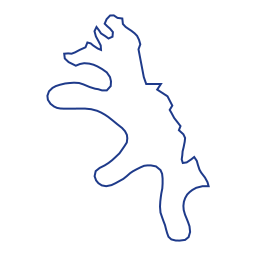 outline of Alto Bela Vista, Santa Catarina, Brazil
{"feature_id": "56859067B70732496229175", "entity_name": "Alto Bela Vista", "entity_type": "district", "adm_level": 2, "iso_a3": "BRA", "parent_name": "Brazil", "parent_adm1": "Santa Catarina", "projection": "albers", "projection_center": [-51.932, -27.427], "detail": "fine", "context": "isolated", "style": "outline", "palette": "blue", "viewbox_px": 256, "rotation_deg": 0, "n_neighbors": 0, "source": "geoboundaries", "source_scale": "gbopen_adm2", "svg_char_len": 2183}
<svg xmlns="http://www.w3.org/2000/svg" viewBox="0 0 256 256"><path d="M122.3,18.5L117.5,17.9L113.8,15.4L110.1,15.5L106.6,19.2L104.7,23.7L107.2,26.2L110.0,28.6L112.9,32.1L112.5,36.7L108.5,38.5L105.2,36.1L101.0,33.4L99.1,30.5L96.5,27.0L94.5,31.2L95.9,36.4L98.4,41.0L100.7,45.4L101.0,49.9L97.7,48.5L93.2,45.5L90.7,43.4L87.4,42.5L85.5,47.3L79.7,49.9L75.0,52.4L71.6,53.7L68.2,53.4L64.2,53.7L64.8,58.5L68.6,62.1L75.8,65.7L80.0,64.0L84.2,63.2L89.2,63.6L93.5,64.7L97.4,66.4L102.0,69.0L106.8,72.4L110.0,77.1L111.0,81.4L110.7,86.1L106.8,90.4L102.0,90.4L98.2,89.2L95.0,88.7L89.6,87.0L83.4,84.4L79.1,83.0L74.0,82.7L68.8,83.1L65.1,83.5L59.8,84.8L55.8,86.1L52.5,87.9L49.0,91.3L47.4,95.8L47.9,99.8L50.5,103.8L54.0,106.5L57.0,107.9L60.3,108.5L64.5,108.7L69.4,108.7L72.9,108.7L77.5,108.6L85.0,108.6L91.1,109.2L97.2,110.8L101.2,112.6L104.9,114.7L108.2,116.9L112.0,119.9L117.0,124.0L122.1,128.0L125.0,131.2L126.9,134.9L127.3,138.3L126.8,142.5L124.5,146.1L122.3,149.3L119.5,153.3L115.3,157.3L112.0,160.3L108.5,163.0L104.7,165.4L99.7,167.9L95.7,171.1L94.6,176.2L96.1,180.4L98.4,183.2L101.8,185.4L106.2,186.2L111.5,185.1L115.5,183.2L119.3,181.1L123.3,178.9L126.7,176.2L130.2,173.1L132.9,171.3L136.4,169.4L140.6,167.3L144.1,165.8L147.4,165.4L150.9,165.4L156.0,166.4L160.5,170.1L162.1,173.8L162.6,178.5L162.6,183.6L162.3,188.4L161.3,193.5L160.8,197.1L160.3,201.4L160.0,206.6L160.5,212.6L162.1,217.3L163.5,221.2L165.0,225.1L166.1,229.5L167.2,233.3L168.5,236.8L171.3,239.4L175.6,240.5L179.6,240.6L185.1,239.9L188.6,237.1L190.1,232.0L189.5,226.3L188.0,222.0L186.4,218.0L185.0,214.6L183.7,210.0L183.4,205.9L183.9,201.7L185.2,198.0L187.2,194.5L189.6,192.1L192.3,190.0L196.2,187.8L202.5,186.2L208.6,186.2L207.5,182.2L205.0,177.6L201.1,172.5L199.5,169.7L198.0,165.2L196.8,160.9L194.2,157.0L191.2,159.4L186.7,162.4L182.8,163.0L181.7,159.4L182.3,155.2L182.6,151.4L183.6,147.3L184.7,141.8L185.1,138.0L183.4,134.3L178.9,130.2L180.5,126.1L174.2,118.0L171.5,113.0L169.7,109.9L172.3,105.6L167.5,96.3L157.2,89.6L160.9,84.0L155.4,84.0L146.2,84.0L143.8,77.1L138.5,49.3L140.3,44.3L139.0,39.8L137.1,35.9L134.6,33.3L131.4,30.8L128.5,28.9L125.6,26.9L122.9,24.0L122.3,18.5Z" fill="none" stroke="#1e3a8a" stroke-width="2"/></svg>